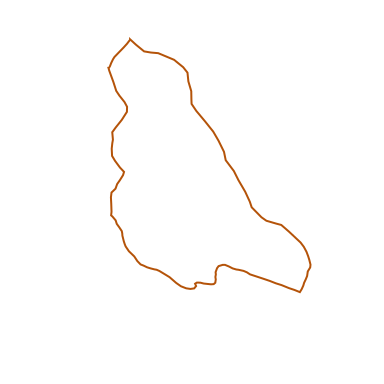 the district of Huddinge, Stockholm, Sweden, rotated 41°
{"feature_id": "70781695B98440364310876", "entity_name": "Huddinge", "entity_type": "district", "adm_level": 2, "iso_a3": "SWE", "parent_name": "Sweden", "parent_adm1": "Stockholm", "projection": "robinson", "projection_center": [18.029, 59.213], "detail": "fine", "context": "isolated", "style": "outline", "palette": "amber", "viewbox_px": 384, "rotation_deg": 41, "n_neighbors": 0, "source": "geoboundaries", "source_scale": "gbopen_adm2", "svg_char_len": 1791}
<svg xmlns="http://www.w3.org/2000/svg" viewBox="0 0 384 384"><g transform="rotate(41 192 192)"><path d="M339.1,196.8L338.5,193.3L337.4,189.6L336.2,187.0L335.1,183.1L334.0,179.9L331.5,176.0L330.7,171.4L329.1,169.1L325.1,166.3L321.7,164.2L317.6,162.0L312.3,160.0L307.1,158.9L291.2,158.3L281.0,158.3L276.3,160.6L271.1,163.0L267.0,164.9L261.0,165.5L247.1,164.4L242.0,161.4L232.0,156.9L219.3,152.6L209.8,148.7L196.6,145.9L189.8,140.7L178.4,135.9L168.4,132.5L155.3,130.1L142.1,128.0L133.9,125.8L130.8,122.5L125.3,116.4L116.7,110.9L110.3,104.9L103.5,103.6L91.7,104.0L75.4,109.4L69.5,113.7L63.6,117.3L53.1,117.6L45.2,117.4L45.4,117.6L45.5,119.8L45.7,122.8L45.6,127.5L45.4,131.6L45.2,135.0L44.9,141.0L45.3,143.6L46.4,147.7L47.5,150.7L48.0,153.2L47.8,153.3L49.9,154.7L60.4,160.5L68.5,165.4L74.0,166.9L82.1,168.4L87.1,170.3L90.3,174.2L91.7,183.7L92.1,193.4L92.6,199.2L98.0,204.4L99.8,207.4L103.0,212.0L108.0,217.2L113.5,219.0L121.6,220.8L127.5,221.4L128.9,224.5L129.8,230.3L130.3,235.1L132.1,239.7L131.6,245.2L134.3,249.2L138.9,254.0L144.3,259.8L146.3,262.7L148.0,262.7L153.0,263.5L156.1,265.4L160.0,266.3L164.7,267.6L166.5,269.0L168.1,270.6L172.8,273.9L175.3,275.4L177.6,276.6L183.2,278.1L190.7,278.5L196.1,280.0L200.7,280.4L203.8,279.3L207.5,278.3L210.9,276.8L214.3,275.1L216.3,273.9L219.2,273.0L225.0,272.0L230.9,271.0L239.7,271.0L245.5,270.4L250.8,268.5L254.4,266.2L256.9,263.3L256.8,260.3L254.5,259.2L255.1,257.2L257.7,255.0L260.9,253.4L266.9,249.2L268.8,247.3L269.1,245.2L267.3,242.4L265.4,240.8L264.1,238.6L262.4,237.0L260.9,233.1L260.7,230.5L263.0,226.8L264.8,225.3L268.7,224.0L272.8,223.0L276.3,221.4L278.1,220.2L282.7,217.7L286.1,216.6L289.8,216.1L301.7,211.1L309.0,208.1L315.2,205.9L320.7,203.5L328.3,200.9L333.6,198.7L339.1,196.8Z" fill="none" stroke="#b45309" stroke-width="2"/></g></svg>